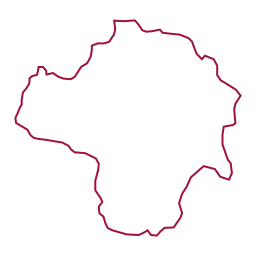 Yeongcheon-si, North Gyeongsang, South Korea
{"feature_id": "91817680B48235767363306", "entity_name": "Yeongcheon-si", "entity_type": "district", "adm_level": 2, "iso_a3": "KOR", "parent_name": "South Korea", "parent_adm1": "North Gyeongsang", "projection": "natural_earth1", "projection_center": [128.917, 36.001], "detail": "fine", "context": "isolated", "style": "outline", "palette": "rose", "viewbox_px": 256, "rotation_deg": 0, "n_neighbors": 0, "source": "geoboundaries", "source_scale": "gbopen_adm2", "svg_char_len": 1450}
<svg xmlns="http://www.w3.org/2000/svg" viewBox="0 0 256 256"><path d="M159.9,29.6L153.8,30.9L151.2,31.3L146.3,31.7L142.2,30.2L140.3,27.2L137.3,23.0L134.7,20.4L124.5,21.2L115.9,20.8L114.2,20.6L115.2,29.3L114.0,34.6L111.1,38.7L109.4,41.6L104.1,43.4L97.6,43.4L91.8,45.7L91.8,50.4L90.6,56.9L87.1,63.3L81.2,66.8L74.8,76.8L70.7,79.2L63.6,78.6L58.4,76.8L52.9,73.0L46.5,74.5L46.1,70.7L43.1,67.0L38.6,67.0L37.9,71.5L36.8,74.9L32.3,76.0L29.6,78.2L29.3,83.5L26.3,88.4L22.9,92.5L21.7,99.6L21.7,104.5L19.5,108.3L18.0,112.4L15.4,118.1L16.1,123.0L20.6,125.6L27.4,129.7L30.7,135.4L34.1,138.0L35.7,138.3L39.7,139.1L46.9,139.9L55.1,141.4L62.2,142.5L68.6,145.9L70.9,149.3L74.6,152.3L85.3,153.2L95.9,158.5L98.8,163.8L98.2,169.7L96.4,176.7L95.3,180.8L95.3,190.3L100.5,197.9L102.3,202.0L98.8,206.7L99.4,213.2L103.5,216.7L105.2,222.6L107.6,227.9L112.3,230.3L126.9,234.4L138.7,235.0L143.9,232.6L147.5,230.3L151.0,235.0L151.6,235.1L156.8,235.6L160.4,231.5L164.5,227.9L173.7,227.4L180.3,217.9L182.1,213.2L179.1,203.2L182.1,193.8L186.7,186.7L190.9,177.3L203.7,166.1L214.9,169.1L220.2,176.7L229.0,179.7L231.9,173.2L230.7,163.2L227.8,159.7L222.5,144.4L222.5,134.4L223.7,126.7L233.0,125.0L235.4,123.2L234.8,116.8L234.2,109.1L235.4,103.8L240.6,95.6L235.9,89.7L224.8,82.7L220.7,80.3L217.2,75.1L217.2,65.7L213.7,59.2L204.9,55.7L201.9,59.2L196.7,53.9L195.5,51.0L192.0,41.6L188.5,38.1L179.7,34.6L173.2,34.0L162.7,32.8L159.9,29.6Z" fill="none" stroke="#9f1239" stroke-width="2"/></svg>